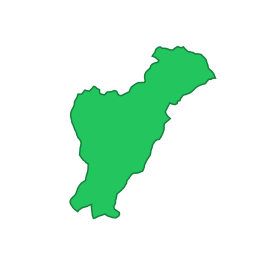 Borebi, São Paulo, Brazil, rotated 24°
{"feature_id": "56859067B22613522920734", "entity_name": "Borebi", "entity_type": "district", "adm_level": 2, "iso_a3": "BRA", "parent_name": "Brazil", "parent_adm1": "São Paulo", "projection": "albers", "projection_center": [-48.988, -22.685], "detail": "fine", "context": "isolated", "style": "filled", "palette": "green", "viewbox_px": 256, "rotation_deg": 24, "n_neighbors": 0, "source": "geoboundaries", "source_scale": "gbopen_adm2", "svg_char_len": 2617}
<svg xmlns="http://www.w3.org/2000/svg" viewBox="0 0 256 256"><g transform="rotate(24 128 128)"><path d="M68.5,117.5L69.0,120.6L68.4,125.8L69.5,128.3L69.6,130.9L69.4,133.6L69.5,136.6L70.0,138.6L70.8,140.6L73.5,144.1L74.6,145.8L78.3,149.1L79.8,150.9L82.2,152.7L84.0,155.0L86.2,157.0L88.7,158.2L90.3,159.4L91.4,161.0L92.6,166.2L93.5,168.6L94.7,172.3L97.4,174.0L100.2,175.5L101.9,175.8L103.9,176.8L106.0,176.8L107.3,179.4L108.4,182.4L109.1,185.8L109.2,187.8L109.8,190.3L110.5,193.2L109.5,194.8L107.8,197.3L107.1,199.9L106.7,202.3L106.8,205.0L107.1,208.4L107.0,210.8L105.9,213.1L104.9,216.2L104.9,218.4L106.1,220.5L108.2,221.9L110.6,223.3L112.5,224.1L116.1,224.8L116.4,223.0L118.7,219.3L122.2,216.5L124.2,214.2L126.0,212.7L126.6,214.9L127.7,216.6L129.6,219.8L130.7,221.9L133.2,224.6L135.0,223.1L136.6,220.9L138.4,219.3L140.0,217.9L141.9,216.0L145.0,216.6L147.9,216.3L150.5,216.0L153.5,215.0L155.3,212.2L155.4,210.4L154.4,208.7L151.9,208.2L148.6,207.6L147.0,205.7L147.1,201.7L146.1,199.5L145.6,196.0L144.7,192.9L147.3,187.4L148.5,184.0L149.1,179.0L148.4,176.6L149.3,173.2L149.8,170.4L150.4,168.5L151.8,166.7L153.8,166.0L156.2,164.3L157.5,162.7L158.9,161.5L158.9,159.5L158.8,157.5L158.1,154.6L158.2,152.3L158.3,150.1L158.7,146.8L159.3,143.9L158.8,141.5L158.1,139.2L158.0,137.2L157.7,135.2L157.3,133.1L157.7,130.9L158.1,128.9L159.3,126.9L161.2,125.6L161.8,122.9L161.9,119.9L161.6,115.4L161.1,113.4L159.9,111.3L159.6,108.9L162.8,102.2L160.0,101.3L157.4,99.9L155.5,98.0L155.9,88.1L158.4,88.2L161.6,87.4L163.0,85.5L162.4,83.4L164.3,81.8L164.1,79.7L164.6,77.4L164.9,75.6L167.6,73.5L170.2,70.9L171.8,68.1L173.7,63.2L175.9,60.1L178.7,57.4L180.4,56.2L181.0,54.3L181.9,50.7L183.9,49.9L185.5,47.7L187.6,46.9L185.9,45.3L184.5,43.9L182.7,42.7L180.8,41.8L178.9,41.5L177.0,40.5L175.4,38.2L173.6,36.4L171.6,33.9L169.4,32.8L167.4,32.1L164.9,31.2L163.2,31.4L160.6,32.3L159.1,33.0L156.9,32.6L154.0,33.2L151.6,33.8L148.3,32.7L145.6,31.4L143.9,33.1L141.9,33.3L140.1,33.5L138.1,36.6L137.4,38.2L135.8,39.3L131.1,39.8L129.1,40.2L126.9,41.3L124.6,40.8L122.9,41.9L121.5,44.8L121.8,48.5L121.2,50.5L120.9,52.5L123.8,52.3L126.4,53.0L128.7,53.7L128.5,55.8L125.6,58.1L124.3,59.7L123.6,61.7L123.8,64.8L122.7,66.8L121.7,69.7L121.6,72.0L122.4,74.7L123.4,76.2L124.6,78.0L124.3,79.8L122.7,80.5L120.2,81.8L118.4,82.9L116.5,85.6L114.4,89.3L114.3,91.5L114.3,94.5L108.7,101.2L106.5,101.8L104.4,100.8L102.8,99.1L100.0,99.5L98.6,101.2L96.3,102.6L94.2,103.7L93.1,107.2L90.2,107.9L88.1,107.8L86.3,104.6L83.8,104.6L81.6,103.8L79.8,103.9L78.8,107.1L77.7,110.2L73.3,110.9L72.3,114.3L71.7,116.0L68.5,117.5Z" fill="#22c55e" stroke="#15803d" stroke-width="1.5"/></g></svg>